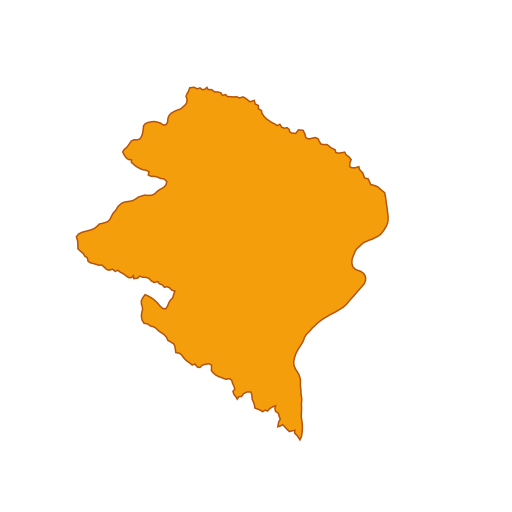 the district of Ibiaí, Minas Gerais, Brazil, rotated 235°
{"feature_id": "56859067B65559545591496", "entity_name": "Ibiaí", "entity_type": "district", "adm_level": 2, "iso_a3": "BRA", "parent_name": "Brazil", "parent_adm1": "Minas Gerais", "projection": "mercator", "projection_center": [-44.794, -16.832], "detail": "fine", "context": "isolated", "style": "filled", "palette": "amber", "viewbox_px": 512, "rotation_deg": 235, "n_neighbors": 0, "source": "geoboundaries", "source_scale": "gbopen_adm2", "svg_char_len": 4922}
<svg xmlns="http://www.w3.org/2000/svg" viewBox="0 0 512 512"><g transform="rotate(235 256 256)"><path d="M234.0,397.7L239.0,396.3L243.1,395.3L246.0,393.4L248.6,391.0L251.3,391.5L255.0,392.1L257.7,389.6L260.5,390.5L263.0,391.1L265.5,390.6L268.0,390.5L270.2,391.5L271.4,387.7L273.2,385.2L275.4,384.0L278.3,386.2L280.5,389.3L284.3,388.9L287.1,387.8L290.2,388.2L291.4,385.6L293.0,382.4L295.2,380.7L297.4,381.8L301.6,379.5L306.5,378.2L308.4,375.4L310.4,373.4L313.6,373.6L316.5,374.1L319.2,372.3L320.6,368.7L321.8,366.1L324.4,364.7L327.7,366.0L331.9,366.7L335.0,363.1L333.6,358.9L335.9,356.1L338.1,354.8L340.6,355.7L343.3,355.1L344.5,352.4L346.8,350.9L350.2,351.1L350.7,348.1L353.5,347.1L356.6,345.3L359.4,344.3L362.5,343.2L366.4,342.6L369.6,342.8L372.1,343.9L375.2,342.4L377.9,344.3L381.1,342.5L384.4,343.9L385.8,339.5L390.4,338.2L393.7,336.7L395.0,333.1L397.8,331.3L399.0,329.0L400.8,326.9L403.0,324.0L405.7,323.7L406.8,320.6L409.8,320.8L412.3,318.8L414.2,316.2L417.7,315.1L419.7,312.3L422.3,312.5L421.9,309.4L423.4,307.2L425.8,306.6L426.6,303.8L429.9,301.9L431.8,298.1L429.7,295.3L428.4,292.4L426.9,290.3L423.8,289.4L421.0,286.8L420.3,284.3L420.0,281.5L419.7,278.5L420.5,275.8L421.3,272.2L421.6,268.1L420.7,264.8L418.9,262.5L416.5,260.5L415.1,257.6L416.5,255.2L420.0,253.8L422.7,251.6L424.7,249.6L425.9,247.3L427.2,244.4L427.9,241.3L427.1,238.5L424.5,236.3L421.6,233.5L419.8,231.1L418.5,228.4L419.3,225.0L421.2,222.8L421.7,219.7L420.4,216.3L419.2,212.8L418.8,208.9L417.7,206.5L414.5,206.0L411.0,206.0L408.1,206.9L406.2,209.2L404.2,207.6L401.6,208.3L399.2,208.8L396.8,209.8L394.0,211.2L391.9,212.5L389.7,214.8L386.5,216.8L384.2,214.2L381.6,215.7L379.9,217.9L378.1,219.9L374.0,222.5L371.8,224.9L368.1,225.6L365.9,223.0L365.2,220.3L365.4,217.2L365.7,214.7L365.6,211.9L365.0,208.5L365.7,205.2L367.5,202.4L369.9,199.4L370.9,196.1L371.8,193.4L371.7,190.0L372.1,186.6L373.6,183.3L375.5,179.5L376.3,176.3L375.8,171.7L373.9,167.3L373.1,163.7L371.5,160.5L369.6,157.0L369.3,154.2L370.0,151.3L371.0,148.6L372.1,145.9L371.5,143.0L371.3,139.5L372.0,135.9L373.1,132.9L374.2,130.0L375.3,126.9L375.8,123.3L374.8,119.9L370.5,118.5L367.7,116.7L364.1,114.3L360.5,115.0L356.8,115.9L353.8,115.7L351.4,116.8L347.9,115.4L345.3,116.5L342.2,119.2L338.5,122.0L337.1,124.5L334.2,125.2L330.8,125.9L328.5,127.6L327.6,130.8L324.1,131.9L323.6,134.6L320.4,135.6L317.6,137.1L314.2,138.2L311.3,139.3L309.7,141.6L310.2,144.3L307.5,142.9L305.7,146.5L306.3,149.1L303.5,151.1L301.6,153.6L299.1,155.5L295.8,155.9L292.7,157.4L291.4,160.8L288.7,160.9L286.2,162.7L283.0,163.0L281.8,165.6L279.6,166.9L276.2,167.5L273.8,169.4L271.3,165.9L269.4,163.6L269.0,160.8L267.8,158.0L265.8,154.9L264.5,151.8L266.5,149.5L270.4,148.6L273.9,148.4L276.5,147.9L279.3,147.2L282.0,146.2L284.7,144.9L288.0,143.0L286.7,139.2L285.0,136.3L282.3,134.5L279.9,133.9L277.3,132.4L275.3,130.1L272.5,127.6L268.7,125.9L265.0,125.7L262.7,128.2L259.2,129.4L257.3,131.1L255.1,132.3L252.7,132.9L249.4,133.6L246.5,134.9L243.8,135.7L240.7,136.1L237.5,135.4L234.6,136.8L231.0,138.2L228.4,137.7L225.6,136.3L222.8,134.9L220.4,137.4L217.9,138.3L215.4,138.3L212.9,138.5L210.4,138.9L206.8,140.2L203.3,141.2L202.5,144.0L198.6,144.3L196.8,146.2L197.4,149.4L196.2,152.7L194.8,155.6L192.3,157.0L189.7,155.3L187.8,153.7L185.2,153.9L182.0,154.6L179.0,156.0L175.9,158.2L172.3,160.6L170.7,164.0L168.0,164.8L165.1,163.7L162.1,163.3L159.2,162.3L158.3,159.4L155.2,158.5L152.3,158.8L149.5,158.5L150.6,161.2L149.2,163.6L150.3,166.9L149.8,170.7L147.5,173.8L144.2,172.7L141.3,170.9L138.7,170.3L135.5,169.5L132.1,167.9L127.9,170.7L124.7,172.1L124.5,175.2L122.4,176.5L123.1,179.7L122.9,183.3L122.1,186.1L120.6,184.2L117.6,182.9L114.5,184.1L111.3,183.0L108.4,182.3L107.0,179.3L103.6,175.9L102.8,178.3L102.5,181.1L99.9,181.5L96.8,181.9L93.1,182.6L91.0,187.9L88.7,186.0L85.0,186.7L80.2,186.5L82.0,189.6L84.9,192.5L88.2,195.2L91.9,197.6L95.8,199.6L98.6,201.0L100.5,202.5L102.7,204.2L105.7,206.4L109.2,208.6L111.3,210.5L113.7,212.1L116.4,213.3L118.9,214.9L121.1,216.3L124.2,217.9L126.9,219.9L129.9,221.8L134.0,223.1L137.2,223.4L140.3,223.5L143.2,224.0L146.0,225.0L148.5,226.9L150.8,229.5L153.0,232.4L155.0,236.1L156.8,240.3L158.0,243.4L159.4,246.2L161.6,249.2L162.8,252.1L163.3,254.7L163.9,257.7L164.8,261.2L165.1,263.9L165.6,266.9L165.9,269.9L166.0,273.0L165.9,277.0L165.6,279.7L165.4,283.1L164.9,286.6L164.5,289.6L164.3,293.0L164.0,297.8L164.5,302.1L165.8,306.9L166.8,311.3L167.6,314.6L168.5,318.1L169.6,322.4L170.5,326.1L171.2,328.8L173.1,331.7L175.3,333.3L177.7,334.2L180.2,334.1L183.1,333.1L185.5,331.4L188.0,329.8L191.8,329.1L195.1,330.4L198.1,332.7L199.9,335.1L201.4,337.5L203.2,340.3L204.1,342.7L204.5,346.3L205.1,349.8L205.2,352.5L204.5,355.2L204.1,357.7L203.2,360.5L202.8,363.2L202.3,366.6L202.2,369.7L202.9,372.8L204.0,376.1L205.7,379.9L207.8,383.0L209.6,384.7L212.5,386.8L216.2,388.8L218.7,390.1L221.3,391.5L223.7,392.6L226.4,394.1L229.8,395.8L234.0,397.7Z" fill="#f59e0b" stroke="#b45309" stroke-width="1.5"/></g></svg>